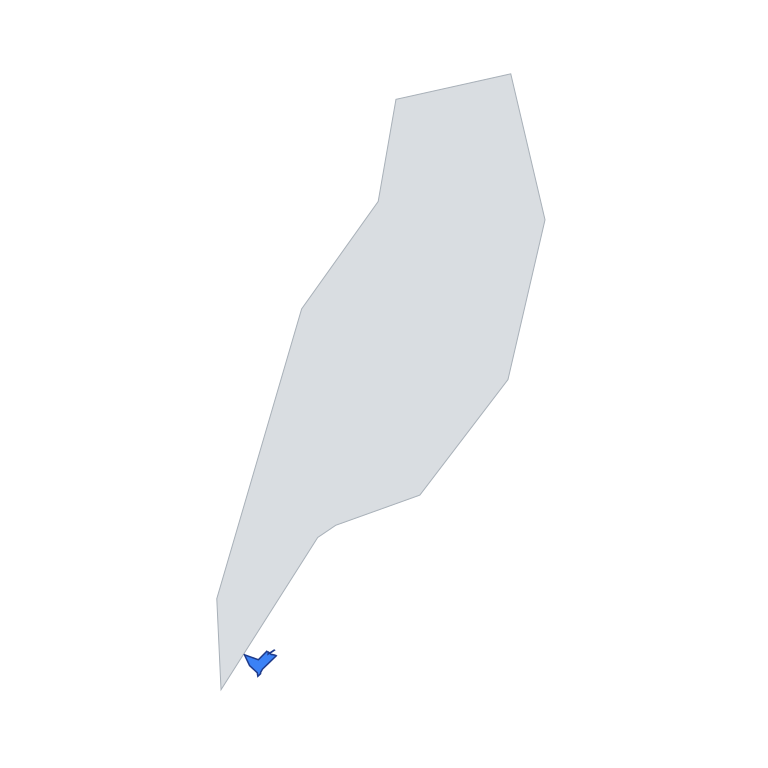 Mengellang, Palau shown in context, rotated 187°
{"feature_id": "81905179B37615107776552", "entity_name": "Mengellang", "entity_type": "district", "adm_level": 2, "iso_a3": "PLW", "parent_name": "Palau", "parent_adm1": "", "projection": "orthographic", "projection_center": [134.628, 7.695], "detail": "fine", "context": "in_parent", "style": "filled", "palette": "blue", "viewbox_px": 768, "rotation_deg": 187, "n_neighbors": 0, "source": "geoboundaries", "source_scale": "gbopen_adm2", "svg_char_len": 1035}
<svg xmlns="http://www.w3.org/2000/svg" viewBox="0 0 768 768"><g transform="rotate(187 384 384)"><path d="M406.8,668.0L296.0,707.3L244.2,566.6L261.5,403.5L334.9,278.1L414.7,237.9L431.1,223.6L508.5,60.7L523.8,150.5L474.9,448.5L412.0,564.5L406.8,668.0Z" fill="#d9dde1" stroke="#a8b0b8" stroke-width="1"/><path d="M474.5,81.9L474.2,80.5L473.6,78.5L471.2,81.4L471.3,82.8L469.8,86.3L457.8,101.1L458.2,101.3L458.3,101.4L458.6,101.4L458.9,101.4L459.0,101.5L459.4,101.6L459.8,101.7L460.3,101.7L460.7,101.7L461.0,101.7L461.1,101.8L461.5,101.9L461.9,101.8L462.1,101.8L462.4,101.7L462.9,101.8L463.3,101.9L463.6,102.3L463.8,102.4L464.1,102.6L464.4,102.7L464.6,102.7L460.4,106.4L460.6,106.5L466.1,101.8L466.1,102.1L465.9,102.2L465.8,102.3L465.6,102.4L465.5,102.7L465.4,103.0L465.4,103.4L465.6,103.5L465.8,103.6L465.9,103.8L466.2,103.9L466.5,103.9L466.9,103.9L467.1,103.9L467.4,104.1L467.7,104.3L467.8,104.4L475.1,95.0L489.4,98.2L489.5,98.3L490.2,98.7L489.5,98.2L483.1,88.1L474.5,81.9Z" fill="#3b82f6" stroke="#1e3a8a" stroke-width="1.5"/></g></svg>